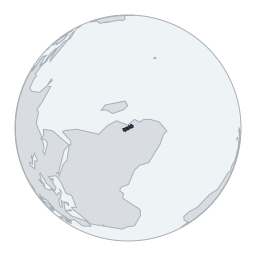 the Earth from above Manica, rotated 236°
{"feature_id": "MOZ-1192", "entity_name": "Manica", "entity_type": "Province", "adm_level": 1, "iso_a3": "MOZ", "parent_name": "Mozambique", "parent_adm1": "", "projection": "orthographic", "projection_center": [33.487, -18.999], "detail": "fine", "context": "on_globe", "style": "filled", "palette": "slate", "viewbox_px": 256, "rotation_deg": 236, "n_neighbors": 0, "source": "natural_earth", "source_scale": "10m", "svg_char_len": 6541}
<svg xmlns="http://www.w3.org/2000/svg" viewBox="0 0 256 256"><g transform="rotate(236 128 128)"><circle cx="128" cy="128" r="113" fill="#eef3f6" stroke="#a8b0b8"/><path d="M15.9,117.1L16.1,116.9L16.1,120.6L15.9,123.9L16.4,123.4L16.5,125.2L20.2,122.9L23.5,124.9L24.4,131.4L23.5,141.1L27.3,158.7L27.0,167.7L30.0,174.8L35.2,186.7L34.6,188.4L37.9,192.1L40.2,196.0L40.7,197.7L43.5,200.9L44.0,202.1L45.6,203.3L50.5,208.8L53.8,211.3L58.4,215.5L60.6,216.8L60.9,217.3L62.2,218.4L63.6,219.4L62.6,219.3L57.7,215.9L54.7,213.4L54.9,213.7L48.1,207.4L49.9,209.1L47.2,206.5L41.8,200.5L36.8,194.0L32.2,187.3L28.2,180.2L24.7,172.9L21.7,165.3L19.3,157.5L17.4,149.6L16.2,141.5L15.5,133.4L15.4,125.3L15.9,117.1ZM65.7,220.1L63.3,219.8L64.0,219.7L61.2,217.3L63.6,218.1L65.7,220.1ZM58.7,213.6L57.3,211.7L58.0,211.9L59.0,213.3L58.7,213.6ZM125.3,15.4L133.7,15.7L131.9,15.8L127.8,15.7L131.1,16.3L131.0,16.0L133.2,16.2L134.7,15.9L136.3,16.0L135.1,15.7L137.2,15.8L137.9,16.0L142.0,16.3L146.6,16.9L155.7,18.8L156.4,19.0L164.4,21.4L172.3,24.4L179.9,28.0L187.2,32.2L194.2,36.9L200.8,42.1L207.1,47.8L212.8,53.9L218.1,60.4L222.9,67.4L227.2,74.6L230.9,82.2L230.3,81.6L230.9,83.2L229.1,79.8L229.0,81.6L234.2,94.6L234.9,97.6L233.7,100.7L233.3,98.2L228.6,89.1L229.4,96.0L233.0,104.9L234.3,113.5L232.2,109.1L230.7,101.5L229.0,98.1L228.3,91.8L224.6,81.4L222.4,81.3L221.4,77.7L216.0,68.8L212.2,68.7L207.0,74.7L208.2,84.0L205.6,87.1L197.7,71.7L194.2,62.7L191.3,62.7L183.2,54.5L169.1,51.5L167.2,49.4L164.5,49.9L158.8,47.4L155.9,44.1L152.4,44.0L160.3,52.8L164.0,53.1L167.2,50.4L168.7,53.6L174.2,57.2L167.9,63.9L147.1,69.5L145.2,62.6L130.0,45.5L130.5,43.8L130.5,43.6L130.3,43.3L128.8,46.1L126.2,43.2L134.2,54.2L135.4,59.3L146.8,69.9L145.7,70.9L149.4,73.3L161.4,71.6L161.4,74.0L155.7,84.7L139.2,100.3L141.5,112.1L140.4,122.5L130.4,129.6L131.5,138.1L126.4,141.2L126.2,146.2L122.2,151.7L115.5,157.3L103.7,158.5L102.8,153.8L96.6,145.5L87.8,126.0L90.6,116.5L89.4,109.8L81.0,96.8L82.8,88.8L80.6,86.0L76.0,87.7L73.4,84.5L70.7,85.1L53.6,92.5L48.7,89.6L43.2,78.7L46.4,72.3L47.4,66.6L70.0,42.8L74.3,42.3L91.6,36.8L93.7,36.9L91.2,40.8L103.8,43.6L108.4,40.1L120.3,42.0L128.5,41.8L132.2,35.0L118.8,35.1L116.9,32.2L128.0,29.5L139.8,30.2L139.5,29.1L132.4,26.6L135.5,25.0L130.0,25.7L131.9,26.7L128.6,27.3L126.6,26.5L127.7,25.8L124.3,25.5L119.6,29.1L121.1,30.5L111.8,31.7L113.4,34.3L110.7,35.8L107.1,32.0L107.7,30.6L100.7,27.7L99.1,29.3L105.7,32.2L103.5,32.2L101.5,34.9L101.2,32.8L94.5,29.7L86.4,32.2L75.4,40.5L70.8,42.4L67.3,42.4L72.0,35.7L81.7,32.4L83.5,30.4L82.1,28.9L85.2,28.2L85.8,27.4L89.6,26.4L95.4,23.5L99.3,22.7L102.2,20.5L104.6,19.9L102.2,21.2L102.6,21.9L112.3,20.7L114.4,20.1L115.5,18.9L118.0,19.0L117.8,18.0L123.7,17.5L116.4,17.6L117.5,16.8L121.3,16.1L120.4,16.0L114.1,17.1L112.8,17.7L113.7,18.0L109.0,20.1L105.5,20.9L105.5,19.1L100.6,20.2L102.7,18.8L118.4,15.8L122.8,15.5L125.3,15.4ZM61.8,52.8L61.0,54.5L61.8,52.8ZM152.2,35.1L159.3,36.2L156.3,32.2L158.8,32.4L156.9,31.0L156.1,31.9L151.4,28.5L154.5,28.0L153.8,26.7L151.3,26.2L146.3,27.8L153.0,32.4L151.3,33.7L152.2,35.1ZM85.7,24.8L86.8,24.7L85.0,25.8L80.1,27.8L82.6,26.2L85.7,24.8ZM88.7,24.5L90.0,22.7L93.1,21.7L91.2,22.5L93.1,22.0L90.4,23.3L92.1,24.4L90.6,25.5L82.3,28.0L85.8,26.5L84.6,26.5L88.7,24.5ZM96.4,35.3L98.0,35.2L100.7,34.7L99.5,36.5L96.4,35.3ZM91.6,33.2L93.2,32.7L92.7,34.7L91.0,35.0L91.6,33.2ZM94.4,30.9L93.3,32.5L92.8,31.8L94.4,30.9ZM103.7,20.9L105.4,20.5L104.3,21.3L103.7,20.9ZM129.7,36.1L127.2,37.4L126.0,36.8L127.1,36.4L129.7,36.1ZM112.5,36.5L116.2,37.1L112.1,37.0L112.5,36.5ZM171.2,188.2L171.6,190.2L170.0,190.0L171.2,188.2ZM159.8,122.1L152.0,140.6L146.7,140.3L145.7,134.5L148.6,123.2L154.8,120.4L157.8,115.7L159.8,122.1ZM238.7,142.8L238.8,144.7L238.7,145.2L238.7,142.8ZM238.7,139.6L239.0,141.4L238.5,140.5L238.7,139.6ZM239.1,142.1L239.4,142.7L239.5,142.6L239.3,143.6L239.1,142.1ZM238.4,138.6L235.7,132.9L234.3,129.4L234.9,128.0L237.2,132.0L238.4,138.6ZM234.8,127.8L232.2,119.4L226.8,100.6L228.8,102.3L234.1,115.5L233.8,116.8L235.3,122.8L234.8,127.8ZM239.8,126.3L239.4,130.8L238.2,127.2L237.5,125.0L237.0,118.0L237.3,115.5L238.0,116.7L239.1,111.1L239.8,115.2L239.8,118.1L240.3,123.5L239.8,126.3ZM208.7,85.0L211.4,91.7L209.7,92.0L208.7,85.0ZM238.5,106.1L238.8,108.5L238.2,104.5L238.5,106.1ZM231.9,86.0L231.3,85.3L230.7,83.8L231.2,83.9L231.9,86.0ZM217.7,196.2L217.5,196.4L218.2,195.4L217.7,196.2ZM218.9,194.5L218.2,195.4L221.2,191.2L223.1,187.9L219.8,186.3L220.2,183.4L222.5,180.6L227.6,169.1L227.7,169.9L230.6,163.0L233.9,162.3L237.1,155.5L236.4,158.4L234.0,166.1L231.0,173.6L227.5,180.8L223.4,187.8L218.9,194.5ZM239.2,146.2L238.8,146.9L239.3,145.2L239.3,145.4L239.2,146.2ZM240.6,126.1L240.5,125.4L240.5,129.0L240.5,130.3L240.3,136.5L240.1,137.9L240.4,131.3L240.0,136.3L239.9,135.4L240.1,130.2L240.4,125.4L240.5,123.9L240.6,125.2L240.6,126.1Z" fill="#d9dde1" stroke="#a8b0b8" stroke-width="1"/><path d="M127.1,126.8L127.2,126.7L127.0,126.4L127.0,126.1L127.0,125.9L127.0,125.7L127.1,125.4L127.1,125.2L127.1,124.9L127.2,124.7L127.3,124.5L127.2,124.4L127.3,124.4L127.3,124.2L127.5,124.1L127.6,123.8L127.7,123.7L127.8,123.5L127.8,123.4L127.9,123.2L128.0,123.0L128.1,122.9L128.4,122.9L128.5,122.9L128.7,123.0L128.8,123.1L128.9,123.3L129.0,123.3L129.3,123.4L129.3,123.5L129.5,123.5L130.1,123.7L130.0,123.9L129.9,124.0L129.7,124.1L129.4,124.4L129.4,124.5L129.3,124.8L129.3,125.0L129.2,125.2L129.2,125.3L129.3,125.5L129.2,125.7L129.2,125.8L129.3,125.8L129.5,125.9L129.5,126.0L129.4,126.4L129.4,126.5L129.2,126.6L129.0,126.4L128.9,126.3L128.8,126.5L128.7,126.5L128.7,126.8L128.7,127.0L128.5,127.3L128.4,127.3L128.5,127.5L128.8,127.6L128.9,127.8L129.0,127.8L128.8,128.6L128.8,129.1L128.7,129.2L128.7,129.3L128.7,129.5L128.8,129.5L129.0,129.7L128.9,129.7L128.8,129.8L128.7,129.8L128.5,130.0L128.4,130.0L128.4,129.9L128.2,129.9L128.0,130.0L127.9,130.1L127.9,130.3L128.0,130.3L128.0,130.5L128.0,130.8L128.5,131.3L128.7,131.8L128.8,131.9L129.0,131.9L129.1,132.0L129.0,132.3L129.0,132.5L128.9,132.6L128.7,132.7L128.7,132.8L128.7,132.7L128.1,132.7L127.9,132.8L127.7,132.9L127.4,132.9L127.3,133.0L127.2,133.1L127.1,132.9L126.9,132.9L126.7,132.9L126.5,132.7L126.4,132.7L126.2,132.6L126.0,132.3L125.9,132.3L125.9,132.2L126.1,131.9L126.2,131.7L126.1,131.3L126.1,131.2L126.3,131.1L126.5,131.1L126.6,130.8L126.8,130.5L126.9,130.4L126.9,130.2L127.0,130.1L127.1,129.8L127.1,129.7L127.0,129.4L126.9,129.3L126.8,129.2L126.8,128.9L126.7,128.9L126.7,128.7L126.8,128.6L126.8,128.2L126.7,128.1L126.5,127.9L126.5,127.7L126.8,127.6L126.9,127.4L126.9,127.2L127.1,127.0L127.1,126.9L127.1,126.8Z" fill="#64748b" stroke="#1e293b" stroke-width="1.5"/></g></svg>